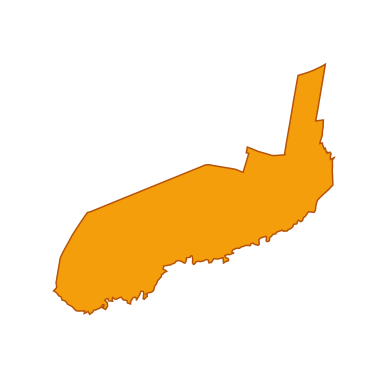 Rawson, San Juan, Argentina, rotated 80°
{"feature_id": "61730980B18994779185278", "entity_name": "Rawson", "entity_type": "district", "adm_level": 2, "iso_a3": "ARG", "parent_name": "Argentina", "parent_adm1": "San Juan", "projection": "robinson", "projection_center": [-68.444, -31.689], "detail": "fine", "context": "isolated", "style": "filled", "palette": "amber", "viewbox_px": 384, "rotation_deg": 80, "n_neighbors": 0, "source": "geoboundaries", "source_scale": "gbopen_adm2", "svg_char_len": 5259}
<svg xmlns="http://www.w3.org/2000/svg" viewBox="0 0 384 384"><g transform="rotate(80 192 192)"><path d="M225.8,327.1L227.0,328.1L229.1,329.7L229.6,330.1L230.7,330.8L231.2,331.2L234.3,333.3L257.7,341.6L262.5,341.8L265.4,345.5L266.5,344.0L267.9,342.8L271.0,341.3L272.8,339.0L275.8,338.8L276.4,337.4L277.8,335.3L280.7,334.1L284.0,330.0L288.7,326.9L289.5,324.6L290.5,318.3L292.9,319.2L291.7,315.0L294.7,314.1L293.2,310.8L291.3,309.1L291.5,307.6L290.3,302.7L288.5,300.4L287.3,299.5L287.9,298.3L289.7,299.0L290.3,300.6L292.7,297.5L291.5,296.5L289.7,294.9L288.7,294.8L286.1,294.7L284.5,296.0L283.5,296.7L282.6,295.4L282.3,294.4L282.4,293.2L284.4,293.1L284.8,292.8L285.7,289.0L284.2,289.2L282.1,288.6L282.9,287.5L284.3,286.4L284.4,285.2L284.4,284.8L283.5,282.0L283.3,280.3L283.5,279.8L285.9,278.7L286.4,278.2L287.5,275.1L288.1,274.8L290.1,274.8L291.6,272.0L289.5,271.5L287.6,270.1L285.7,268.2L285.8,266.3L286.9,265.2L287.3,265.2L289.1,265.7L286.9,263.8L283.8,261.2L282.2,260.4L281.4,260.0L280.8,259.2L281.6,257.2L282.6,257.1L283.3,257.1L287.6,258.3L288.6,258.6L289.0,258.3L289.3,257.6L287.6,255.4L287.1,254.2L285.6,254.0L284.6,255.2L283.9,253.6L283.6,250.5L283.4,248.9L282.8,247.5L282.3,247.0L281.2,246.4L280.3,246.0L278.3,245.1L277.7,244.5L276.6,243.2L275.9,242.7L273.8,241.6L273.0,240.8L270.5,237.4L270.0,237.0L268.0,236.2L267.8,235.8L267.7,234.8L267.5,234.4L266.6,233.7L266.4,233.2L265.7,230.7L264.5,231.7L263.0,233.8L260.1,232.8L259.9,231.2L260.1,229.9L260.0,229.2L259.9,228.5L260.0,227.1L260.1,225.6L259.3,224.1L259.3,222.1L258.4,220.6L257.2,219.4L257.2,218.5L257.2,217.3L258.2,214.7L259.4,213.4L260.7,211.9L260.6,211.0L259.3,210.1L258.2,209.5L257.4,209.1L256.6,209.2L255.8,208.8L255.8,208.2L255.9,206.3L256.0,205.8L255.8,205.0L255.3,204.7L254.6,204.0L254.7,203.3L255.2,203.0L257.4,202.9L259.8,203.3L261.5,203.8L263.3,203.3L263.6,202.7L262.8,201.3L261.9,200.5L261.6,200.1L261.3,199.3L261.2,198.5L261.5,197.2L261.8,196.7L262.0,195.7L261.8,192.2L261.0,189.9L261.1,189.1L261.9,187.8L263.0,187.7L264.7,187.6L264.8,185.3L261.5,182.1L262.5,178.1L262.1,172.9L267.4,173.3L266.3,170.4L266.2,169.6L266.2,168.9L266.1,168.2L265.4,167.8L264.9,167.7L264.0,168.0L263.4,168.6L263.0,169.1L262.0,170.4L260.4,170.8L259.5,167.6L259.9,167.5L260.2,166.1L260.1,164.9L259.5,163.2L259.7,162.0L259.3,161.7L259.0,162.2L258.8,162.8L257.8,163.1L257.2,162.7L256.7,162.4L256.4,162.1L256.0,161.2L255.8,160.6L255.5,159.4L255.4,158.8L255.2,158.1L255.2,157.4L255.5,155.9L255.7,155.1L255.3,154.2L254.8,153.7L254.6,152.9L254.6,151.5L254.3,150.4L254.1,149.2L253.9,148.4L254.1,147.6L254.5,145.3L255.0,144.3L254.7,143.8L254.2,143.5L253.7,143.4L253.3,143.0L252.9,141.6L253.0,141.0L253.3,140.7L253.9,140.0L254.3,139.7L254.7,138.9L255.1,137.9L255.3,137.3L255.9,136.5L255.8,136.0L255.2,134.9L250.7,134.4L250.2,133.9L249.6,133.3L249.3,132.8L249.0,131.2L248.9,130.5L248.8,129.7L248.7,128.4L248.5,127.5L248.9,126.5L250.0,126.7L251.0,126.9L252.0,127.2L252.6,127.4L253.1,127.4L253.7,127.1L253.9,126.2L253.9,125.5L253.7,124.8L253.4,124.4L253.0,124.1L252.3,123.8L251.7,123.9L251.1,123.8L250.7,123.5L250.2,122.8L249.6,121.8L249.0,121.0L248.3,120.3L247.9,119.8L247.7,118.7L247.8,117.8L247.8,117.0L247.6,116.6L246.7,116.0L246.2,115.3L246.0,114.3L245.7,112.9L245.6,112.1L245.5,110.4L245.3,109.7L246.0,109.2L246.5,108.7L246.6,107.9L246.6,106.5L246.9,105.7L246.9,105.1L246.4,104.4L245.7,103.7L245.5,102.1L244.3,99.4L243.6,98.7L242.1,98.0L241.7,97.6L241.5,97.0L241.4,96.1L241.6,95.5L241.6,95.0L241.5,94.3L241.0,93.9L240.3,93.6L238.5,92.6L238.3,91.8L239.1,91.0L240.0,90.5L240.1,89.7L239.4,88.2L238.9,87.8L236.7,86.9L236.2,85.9L235.9,84.9L231.7,80.8L233.2,75.3L232.6,74.6L231.7,73.9L231.1,73.5L230.1,73.2L228.2,72.8L224.8,71.4L224.2,71.1L222.5,70.3L221.8,69.7L220.4,67.9L219.9,67.3L218.1,64.6L217.2,63.2L213.1,56.7L210.8,53.7L209.8,52.1L207.9,51.8L204.8,51.4L203.3,51.2L199.2,50.6L198.2,50.5L195.0,50.1L191.4,49.2L188.0,48.7L187.1,48.6L186.1,48.3L185.2,48.3L184.9,48.3L184.8,48.2L184.5,48.0L184.4,47.9L184.2,47.6L184.0,47.3L183.7,47.0L183.6,46.9L183.6,46.6L183.4,46.4L182.8,46.0L183.1,47.3L183.4,48.3L184.0,50.0L181.9,49.9L181.0,49.6L180.5,49.4L179.6,48.9L178.7,48.5L178.1,48.4L177.3,49.0L176.7,49.3L176.8,49.9L177.1,50.7L177.4,51.5L176.3,51.7L176.6,52.7L174.4,52.9L172.0,53.2L172.7,54.2L172.5,54.3L169.1,55.0L168.5,55.1L166.3,55.2L166.5,57.7L164.0,56.7L161.7,55.4L160.8,54.9L160.1,54.5L159.4,54.2L157.1,53.4L156.2,53.4L153.9,52.7L152.5,52.2L151.5,51.8L150.1,51.5L143.9,50.1L143.5,57.9L140.3,56.7L137.2,55.5L131.2,53.3L125.7,51.4L119.6,49.2L113.9,47.2L102.2,43.0L89.3,38.5L90.2,40.8L91.1,43.5L92.6,49.0L93.5,52.7L94.2,56.4L95.0,61.8L95.6,67.3L105.3,70.9L112.0,73.3L117.7,75.4L135.2,81.6L140.6,83.5L161.3,91.0L166.0,92.6L169.1,93.7L170.3,94.0L171.5,94.0L170.8,101.1L170.4,104.8L170.2,105.6L169.9,106.5L169.6,107.6L167.4,111.8L163.9,119.1L163.8,119.3L160.0,125.3L157.3,129.7L160.6,130.8L162.7,131.8L163.9,129.4L171.7,133.3L175.2,135.1L181.5,138.3L177.9,144.1L177.5,144.7L177.2,145.4L175.8,149.0L172.3,159.0L168.1,170.7L167.9,172.4L167.8,173.1L167.7,173.9L167.8,174.5L167.9,175.4L168.2,176.4L175.6,211.0L186.0,259.3L193.8,295.4L194.1,298.7L198.4,302.9L201.3,305.8L202.3,306.7L204.0,308.4L206.8,311.0L212.8,316.6L214.3,317.9L215.5,318.8L221.9,323.9L225.8,327.1Z" fill="#f59e0b" stroke="#b45309" stroke-width="1.5"/></g></svg>